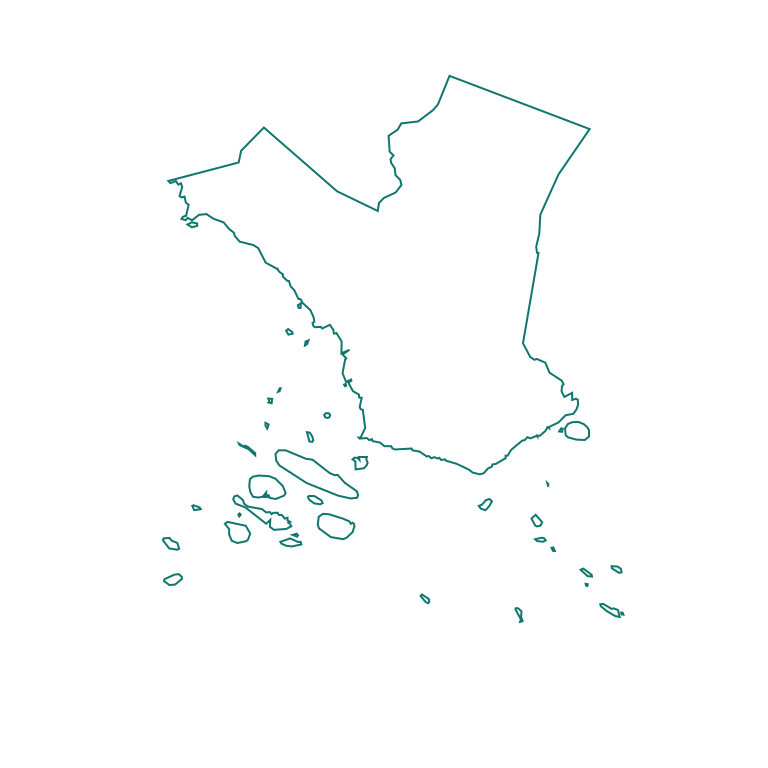 Muna Barat, Sulawesi Tenggara, Indonesia, rotated 256°
{"feature_id": "22746128B23924471266348", "entity_name": "Muna Barat", "entity_type": "district", "adm_level": 2, "iso_a3": "IDN", "parent_name": "Indonesia", "parent_adm1": "Sulawesi Tenggara", "projection": "albers", "projection_center": [122.382, -4.771], "detail": "fine", "context": "isolated", "style": "outline", "palette": "teal", "viewbox_px": 768, "rotation_deg": 256, "n_neighbors": 0, "source": "geoboundaries", "source_scale": "gbopen_adm2", "svg_char_len": 6204}
<svg xmlns="http://www.w3.org/2000/svg" viewBox="0 0 768 768"><g transform="rotate(256 384 384)"><path d="M633.2,223.9L630.6,225.3L631.2,231.2L627.2,232.7L627.9,235.5L624.1,235.9L615.8,231.1L614.0,232.8L614.1,235.8L608.1,235.6L605.1,237.8L595.2,232.7L594.9,229.3L593.2,227.4L590.9,231.2L592.8,233.5L589.3,237.4L592.9,245.4L591.8,252.9L585.7,258.4L579.6,267.5L571.9,271.2L567.0,275.0L563.9,275.0L557.1,278.3L550.4,290.9L546.3,294.8L530.3,298.6L521.6,308.1L522.3,309.1L521.4,308.2L517.7,309.9L514.9,312.5L512.8,311.8L507.6,315.0L507.0,316.7L501.4,317.0L496.6,319.7L487.3,321.5L486.5,323.5L482.1,324.8L473.6,330.4L466.2,331.8L461.3,331.5L460.5,329.4L457.3,329.5L455.8,330.8L454.7,336.5L452.8,337.5L454.5,345.8L448.9,347.9L445.0,347.6L444.9,350.2L435.5,353.2L424.1,350.1L425.5,358.8L422.7,351.0L418.0,353.6L417.0,352.1L404.5,346.4L395.2,347.7L396.3,353.1L395.2,353.2L393.7,349.8L384.6,352.1L379.9,357.1L377.0,356.6L376.0,359.0L367.4,354.8L365.1,355.3L364.1,357.2L345.9,355.1L337.5,348.2L338.1,346.6L337.0,347.1L335.7,354.2L333.1,356.2L333.4,358.9L331.4,359.0L328.1,366.0L323.6,369.3L321.9,376.0L319.6,376.5L317.8,378.9L314.7,395.2L312.7,395.6L309.9,402.1L303.2,408.1L303.4,410.0L300.5,412.0L300.8,415.2L298.7,418.1L299.0,419.8L296.5,421.1L296.0,425.1L294.5,425.7L289.0,435.2L280.5,445.5L276.6,448.6L273.2,455.2L273.3,459.2L276.8,464.3L277.8,468.8L279.7,469.8L279.4,473.2L282.6,484.1L285.0,484.6L284.6,486.7L289.2,491.2L295.7,504.5L295.5,507.1L297.7,510.2L295.8,513.1L296.8,519.5L295.9,520.0L297.0,520.1L296.0,522.6L299.5,529.4L302.6,532.2L301.4,533.3L302.2,533.2L304.5,544.1L309.7,552.5L309.3,560.6L313.1,564.9L317.2,567.4L321.8,568.2L323.3,566.7L323.0,562.8L329.9,564.4L327.8,555.9L333.7,554.5L338.8,556.1L340.4,558.2L344.2,557.3L355.0,547.3L365.7,545.7L371.4,538.2L371.1,535.8L374.9,532.4L389.9,528.7L473.7,565.6L474.3,564.2L480.4,564.9L492.7,571.2L510.4,576.6L545.1,604.0L581.6,645.2L667.1,522.1L642.1,503.9L637.8,497.6L630.5,480.6L632.7,463.8L627.5,458.9L623.7,448.5L608.0,445.7L603.5,448.5L600.5,444.7L597.0,444.4L590.6,446.6L583.9,445.7L578.1,449.1L572.9,449.1L567.0,441.6L564.5,428.8L560.9,423.0L553.4,419.8L582.3,385.1L661.9,329.5L644.9,301.8L634.1,296.6L633.2,223.9ZM307.0,317.1L307.5,313.9L310.8,309.7L327.9,296.3L330.2,290.3L343.4,272.6L345.1,265.7L342.3,261.8L335.8,260.9L330.3,262.8L306.6,285.0L286.8,312.4L281.0,323.9L280.1,330.2L282.4,332.0L286.6,331.6L297.5,322.1L307.0,317.1ZM311.2,228.2L306.2,229.7L304.2,234.8L304.0,239.1L307.3,243.5L305.0,242.8L305.3,241.8L303.3,240.5L302.4,243.9L304.3,243.8L304.0,245.1L301.0,245.8L298.6,251.2L299.9,260.1L302.2,262.2L309.5,261.1L318.3,255.8L322.3,250.3L325.5,240.3L325.8,234.3L324.1,230.9L317.3,228.5L311.2,228.2ZM255.6,321.1L257.0,319.8L256.3,318.1L259.0,317.2L263.5,311.3L270.8,299.3L272.8,293.3L270.9,288.5L263.4,285.7L259.6,286.0L248.3,295.4L243.3,306.9L243.9,310.5L247.8,317.6L252.9,320.8L255.6,321.1ZM305.5,219.1L311.3,214.8L311.2,211.7L308.6,209.8L303.8,211.1L297.7,219.7L276.9,235.9L279.7,240.8L273.1,238.7L269.1,241.9L267.0,254.1L268.4,259.7L272.0,258.6L272.6,256.8L273.0,259.5L275.0,257.4L277.6,258.0L277.4,255.1L281.4,253.4L282.4,250.3L284.8,249.7L285.8,245.3L284.9,243.5L287.3,242.3L287.9,238.6L292.1,235.4L298.0,222.3L301.6,219.3L305.5,219.1ZM288.1,198.7L286.8,195.8L280.6,198.7L275.8,197.4L268.8,198.3L265.2,203.2L264.8,212.2L265.9,214.4L271.2,218.0L279.9,215.6L288.1,198.7ZM297.1,548.9L290.5,547.9L287.7,549.7L283.6,557.0L281.1,565.3L283.4,570.2L289.6,571.7L292.8,570.8L296.6,568.3L300.1,563.5L301.4,557.6L300.7,552.8L297.1,548.9ZM319.7,337.4L318.5,335.3L315.9,337.5L308.0,335.8L307.1,344.0L308.9,347.1L311.6,349.1L315.4,348.6L317.3,349.7L319.3,342.0L316.3,341.8L318.6,340.5L319.7,337.4ZM246.0,141.1L249.2,138.8L249.7,134.2L247.8,124.0L246.0,122.8L240.9,127.1L239.9,132.7L243.8,140.9L246.0,141.1ZM279.8,145.0L283.1,140.3L286.6,138.5L287.5,132.8L285.9,131.7L276.4,135.8L273.2,143.3L273.7,145.4L279.8,145.0ZM251.3,262.7L256.9,255.5L255.9,245.3L254.0,245.8L250.8,249.8L248.7,255.2L248.3,265.0L251.1,264.9L251.3,262.7ZM110.7,550.5L117.6,543.5L118.0,540.6L116.1,540.6L110.0,545.0L103.0,552.1L100.9,556.3L108.1,556.3L110.8,552.5L110.7,550.5ZM292.7,282.8L289.9,283.4L285.1,287.3L282.7,293.0L283.4,295.7L286.2,295.1L292.1,289.4L293.5,283.9L292.7,282.8ZM211.6,504.1L220.4,499.5L217.8,494.5L210.0,496.5L208.8,498.0L208.7,501.5L211.6,504.1ZM247.0,458.4L246.6,454.7L243.2,449.8L242.8,446.5L239.5,447.9L237.0,452.0L240.1,456.6L244.1,460.4L247.0,458.4ZM147.4,569.1L150.3,566.6L152.2,560.8L150.1,560.5L143.9,566.3L143.8,569.0L147.4,569.1ZM133.7,457.0L122.6,459.9L120.3,458.5L120.4,461.1L124.7,460.6L130.1,462.4L133.9,459.9L134.6,457.8L133.7,457.0ZM148.7,539.3L156.7,532.7L156.2,529.8L148.3,535.1L146.9,539.2L148.7,539.3ZM355.9,297.6L346.3,297.7L345.2,300.3L346.5,301.8L350.3,301.7L354.7,300.3L355.9,297.6ZM585.0,241.5L587.4,236.5L586.3,231.9L582.5,235.6L582.7,241.1L585.0,241.5ZM169.5,368.2L162.1,371.8L160.6,373.9L161.8,375.3L164.6,375.4L170.6,369.9L169.5,368.2ZM312.1,168.5L307.5,169.3L306.9,175.9L308.8,175.2L312.4,169.9L312.1,168.5ZM348.1,242.3L356.1,236.5L357.8,234.2L357.5,232.5L361.3,228.8L359.7,229.1L353.5,236.9L346.0,241.8L348.1,242.3ZM195.6,502.0L196.7,499.9L196.8,493.1L194.6,494.5L192.5,500.1L193.1,503.1L195.6,502.0ZM367.0,324.3L368.9,323.5L369.8,320.5L368.4,318.4L365.9,318.9L364.7,321.0L364.9,322.9L367.0,324.3ZM459.4,301.9L455.0,303.2L454.9,307.5L456.6,307.6L460.5,304.3L459.4,301.9ZM394.6,268.6L394.0,267.5L392.5,270.3L396.6,271.9L397.9,268.2L394.6,268.6ZM369.0,259.9L372.6,262.3L375.0,259.6L372.3,258.9L369.0,259.9ZM481.3,319.5L478.6,319.5L478.0,321.4L482.4,322.9L481.3,319.5ZM444.6,321.3L444.2,318.2L440.5,316.6L441.2,318.9L444.6,321.3ZM297.4,546.6L298.1,545.1L295.6,542.5L294.5,545.2L297.4,546.6ZM258.0,264.0L259.8,263.1L259.7,258.8L256.9,262.7L258.0,264.0ZM180.6,509.4L184.5,508.7L184.5,506.9L181.2,507.6L180.6,509.4ZM292.6,211.1L290.5,211.5L291.8,213.3L293.4,212.6L292.6,211.1ZM244.6,518.5L247.3,519.2L248.5,518.5L244.6,518.5ZM402.1,279.4L402.4,281.1L404.9,282.6L405.0,281.7L402.1,279.4ZM393.4,346.8L393.1,345.1L391.3,345.6L391.5,346.9L393.4,346.8ZM140.4,533.3L141.3,531.3L139.6,531.3L138.8,532.3L140.4,533.3ZM104.4,560.2L104.8,558.8L102.9,558.9L102.3,560.5L104.4,560.2Z" fill="none" stroke="#0f766e" stroke-width="2"/></g></svg>